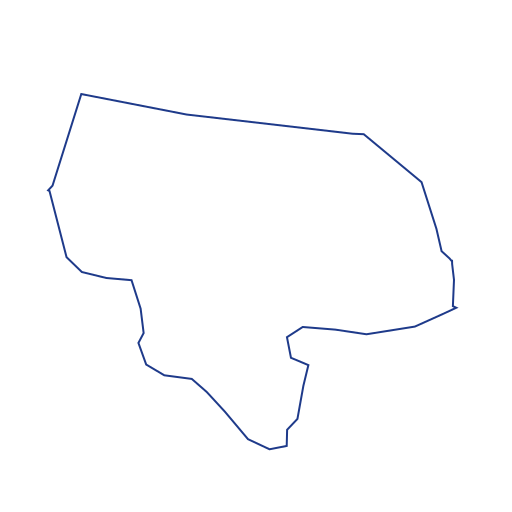 Hjo, Västra Götaland, Sweden, rotated 259°
{"feature_id": "70781695B53745153341539", "entity_name": "Hjo", "entity_type": "district", "adm_level": 2, "iso_a3": "SWE", "parent_name": "Sweden", "parent_adm1": "Västra Götaland", "projection": "mercator", "projection_center": [14.228, 58.294], "detail": "fine", "context": "isolated", "style": "outline", "palette": "blue", "viewbox_px": 512, "rotation_deg": 259, "n_neighbors": 0, "source": "geoboundaries", "source_scale": "gbopen_adm2", "svg_char_len": 731}
<svg xmlns="http://www.w3.org/2000/svg" viewBox="0 0 512 512"><g transform="rotate(259 256 256)"><path d="M296.0,432.7L296.9,432.6L355.0,385.0L357.6,374.1L408.1,214.9L448.3,115.4L363.9,69.7L360.1,64.5L359.2,65.7L291.0,69.8L287.7,72.1L273.5,82.0L263.0,104.8L256.0,129.2L226.3,132.7L201.8,131.0L193.1,124.0L180.1,126.0L170.4,127.5L156.4,143.2L147.6,169.5L131.9,181.7L109.2,195.7L77.7,213.2L63.7,232.4L63.7,249.9L79.5,253.4L88.2,265.6L119.7,277.8L138.9,286.6L149.4,270.9L170.4,270.9L177.4,288.3L168.6,319.8L158.1,349.5L156.4,398.5L163.4,428.2L167.0,442.7L169.2,439.7L194.8,445.8L210.7,447.0L213.1,447.4L213.8,447.5L213.8,447.1L216.7,445.5L225.3,439.1L248.2,438.3L296.0,432.7Z" fill="none" stroke="#1e3a8a" stroke-width="2"/></g></svg>